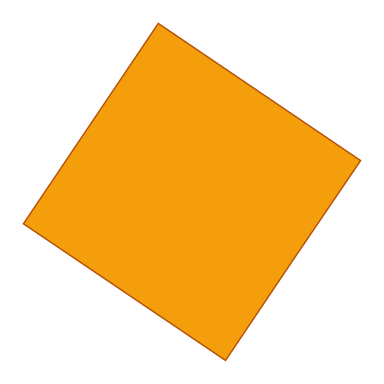 outline of Adair, Iowa, United States of America, rotated 214°
{"feature_id": "52423323B63025537469888", "entity_name": "Adair", "entity_type": "district", "adm_level": 2, "iso_a3": "USA", "parent_name": "United States of America", "parent_adm1": "Iowa", "projection": "equal_earth", "projection_center": [-94.471, 41.331], "detail": "fine", "context": "isolated", "style": "filled", "palette": "amber", "viewbox_px": 384, "rotation_deg": 214, "n_neighbors": 0, "source": "geoboundaries", "source_scale": "gbopen_adm2", "svg_char_len": 250}
<svg xmlns="http://www.w3.org/2000/svg" viewBox="0 0 384 384"><g transform="rotate(214 192 192)"><path d="M314.2,312.9L314.0,71.4L70.0,71.1L70.2,191.6L69.8,312.3L192.3,312.6L314.2,312.9Z" fill="#f59e0b" stroke="#b45309" stroke-width="1.5"/></g></svg>